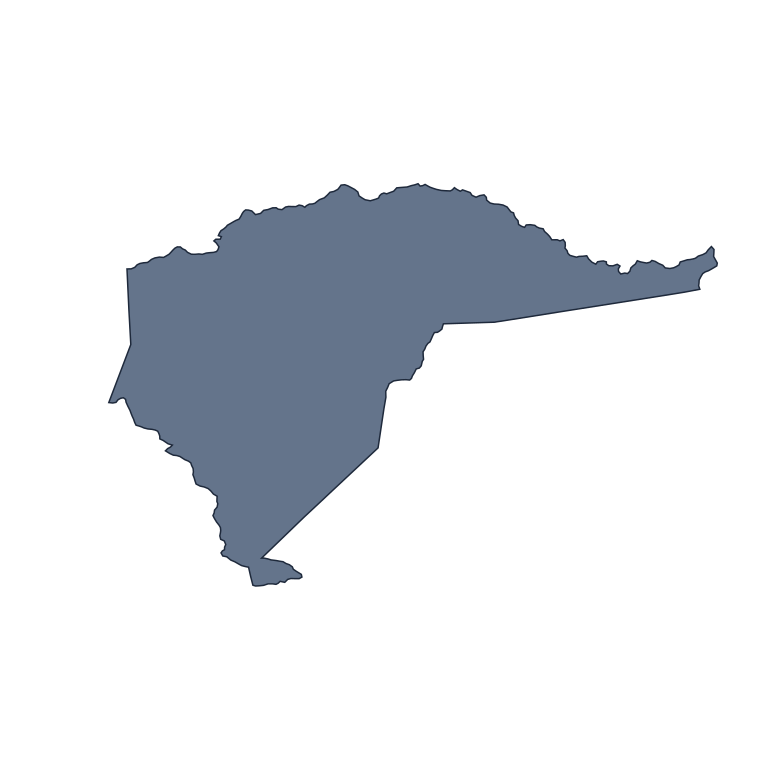 the district of Iramaia, Bahia, Brazil, rotated 288°
{"feature_id": "56859067B23035835922844", "entity_name": "Iramaia", "entity_type": "district", "adm_level": 2, "iso_a3": "BRA", "parent_name": "Brazil", "parent_adm1": "Bahia", "projection": "natural_earth1", "projection_center": [-40.889, -13.541], "detail": "fine", "context": "isolated", "style": "filled", "palette": "slate", "viewbox_px": 768, "rotation_deg": 288, "n_neighbors": 0, "source": "geoboundaries", "source_scale": "gbopen_adm2", "svg_char_len": 4815}
<svg xmlns="http://www.w3.org/2000/svg" viewBox="0 0 768 768"><g transform="rotate(288 384 384)"><path d="M571.7,655.1L574.6,652.9L577.3,652.4L580.3,651.6L584.0,652.2L587.5,653.0L589.9,654.9L592.0,657.6L594.6,660.0L597.3,662.4L599.2,664.0L602.0,663.6L604.6,660.8L607.1,658.1L610.3,657.3L613.9,656.3L615.9,652.9L611.8,650.9L608.3,649.8L605.6,647.2L602.8,643.4L599.8,641.3L598.4,639.2L596.9,636.5L595.9,634.1L594.1,631.6L591.6,628.0L588.4,627.8L585.9,625.6L584.0,623.5L582.2,620.2L581.3,615.6L583.1,612.4L583.5,608.1L584.4,604.0L584.3,600.6L582.0,599.3L580.2,596.4L579.7,592.7L579.4,590.1L579.5,586.8L575.7,586.0L573.3,584.3L570.7,582.9L567.2,583.0L564.3,581.5L563.9,578.7L561.8,575.2L563.5,572.3L565.9,571.3L569.1,572.0L569.9,568.8L567.1,565.2L566.0,561.3L566.8,558.5L568.9,557.7L568.8,554.6L567.8,552.3L566.3,549.4L563.4,548.4L564.1,544.1L566.2,539.9L568.6,537.2L566.9,533.5L565.6,530.0L564.1,527.9L563.9,524.3L563.8,521.0L565.1,518.5L567.3,517.0L569.2,514.1L571.6,513.7L574.7,512.5L576.7,509.8L574.5,507.1L574.7,504.2L573.0,499.0L575.4,496.1L577.0,493.3L578.7,489.5L580.8,487.4L580.3,483.6L580.6,480.8L581.5,478.4L580.7,473.8L579.2,470.1L576.4,469.3L576.5,466.1L577.3,462.7L580.7,461.0L582.5,457.9L584.4,455.9L586.8,454.3L586.9,451.6L588.3,449.4L590.4,446.4L591.0,441.9L590.4,437.5L589.2,433.1L588.9,429.1L590.6,424.8L593.2,423.6L594.8,420.7L592.8,416.9L590.1,413.8L590.6,409.4L592.7,406.8L592.8,402.7L592.9,398.7L590.9,397.0L591.6,393.0L592.5,390.3L589.8,389.0L588.1,387.4L586.8,382.7L585.8,378.7L585.3,373.7L585.3,370.1L585.4,366.9L585.9,364.2L586.5,361.4L584.6,359.5L583.4,357.2L585.0,354.5L582.9,351.7L581.1,348.7L578.5,345.1L577.3,342.2L576.2,339.5L574.5,335.5L570.3,333.6L567.9,330.5L565.7,327.8L565.6,324.9L563.9,322.8L561.6,321.6L559.2,321.4L557.5,319.4L555.9,317.1L554.0,314.3L553.7,311.6L553.4,309.1L554.1,305.9L555.2,302.1L558.5,299.8L560.0,295.9L560.8,291.3L561.3,288.4L561.4,285.1L559.9,281.7L557.1,280.8L554.8,279.9L551.7,276.9L549.7,273.4L546.3,271.8L542.6,269.7L539.4,265.7L536.8,263.9L534.5,262.4L533.1,260.3L532.0,257.4L529.6,255.1L527.6,254.1L528.3,251.0L527.9,247.9L525.5,245.4L524.3,241.6L523.4,238.4L521.9,235.7L518.3,233.1L517.6,229.4L518.3,227.0L517.1,223.6L514.1,219.8L512.0,215.9L508.1,213.9L505.4,209.4L507.7,204.8L507.5,201.2L506.8,198.6L504.7,197.2L502.4,196.5L499.1,196.0L496.0,195.2L493.8,192.6L491.8,190.7L489.2,188.4L486.6,186.0L484.5,185.2L481.9,183.6L479.5,181.6L476.9,180.9L473.9,180.6L473.9,183.8L471.1,183.5L469.7,179.3L467.5,178.0L466.3,180.9L463.5,184.6L460.5,184.6L458.2,183.8L456.5,181.2L455.1,177.8L453.6,174.5L451.2,171.2L450.5,167.8L449.0,164.3L447.9,160.7L448.5,156.4L450.0,153.6L450.3,150.6L451.4,148.0L450.5,145.0L448.5,143.1L445.8,141.7L443.5,140.7L441.0,139.5L438.6,137.4L436.3,135.3L435.3,131.2L433.1,127.1L430.6,124.3L428.5,123.0L426.5,121.5L425.0,117.9L423.2,114.6L421.1,112.4L417.9,110.9L415.4,108.0L414.0,104.0L375.6,118.5L343.3,131.0L281.3,128.0L282.1,131.9L283.7,134.8L286.8,135.9L289.0,137.9L290.4,140.4L289.5,143.0L287.0,144.3L283.8,147.2L280.4,150.6L277.7,152.7L275.2,154.8L273.3,156.6L270.5,158.7L268.2,160.9L268.3,163.7L268.3,166.4L268.0,169.4L268.3,173.4L269.2,177.4L269.5,180.6L269.2,183.4L267.1,185.4L265.2,186.8L262.5,187.8L262.1,191.3L261.4,193.7L260.4,197.1L260.5,201.6L258.0,200.4L255.7,198.2L252.9,196.8L251.7,201.7L251.2,205.6L251.9,208.9L252.0,212.3L250.5,217.9L250.2,221.9L249.3,224.6L247.1,226.2L244.6,228.6L241.5,229.9L238.7,230.3L236.0,232.5L233.2,234.4L230.8,236.2L230.1,240.6L230.5,244.8L230.2,249.1L228.8,252.3L226.6,255.8L225.7,260.0L223.3,260.6L220.6,261.4L218.8,262.9L215.3,263.3L211.7,261.8L208.8,262.3L206.0,262.0L203.6,264.4L201.0,267.4L198.8,270.7L196.9,272.8L194.2,274.0L192.0,274.4L188.8,274.8L185.8,276.7L185.4,280.6L182.4,283.1L179.6,282.8L177.1,283.5L175.4,281.9L173.0,281.2L170.6,283.8L171.1,287.8L169.2,292.7L168.8,297.1L167.9,301.4L167.3,304.7L167.5,308.2L167.9,311.8L159.5,316.8L152.1,321.5L152.2,324.3L153.6,327.9L155.3,331.7L158.1,335.5L159.5,339.8L160.1,343.2L161.8,344.9L164.2,346.2L164.7,350.9L168.4,352.8L170.2,355.5L171.5,359.9L172.7,363.5L175.0,365.6L177.4,364.2L178.8,358.3L179.8,355.0L181.8,353.3L182.9,349.8L183.0,346.2L183.8,342.9L183.3,339.9L182.8,336.1L181.8,330.9L181.8,327.9L181.4,324.1L180.6,321.4L233.2,349.4L256.3,362.2L258.9,363.6L321.4,398.1L360.2,391.6L368.5,390.4L372.0,389.9L374.8,388.9L377.7,387.9L381.7,388.5L385.9,388.8L389.9,392.2L391.7,395.7L393.4,399.4L394.9,403.6L395.7,407.2L397.8,408.4L400.5,408.5L404.2,409.4L408.3,410.0L410.1,412.7L412.8,413.8L417.4,413.4L419.7,414.0L422.9,412.6L426.7,411.2L429.8,412.0L433.1,412.2L436.2,413.2L438.2,414.7L441.6,415.1L445.1,415.4L448.5,416.0L449.7,418.9L451.6,420.5L454.1,422.1L456.7,421.9L459.6,421.9L477.0,470.2L478.2,472.4L479.9,475.9L507.7,530.4L558.9,631.1L564.2,641.4L571.7,655.1Z" fill="#64748b" stroke="#1e293b" stroke-width="1.5"/></g></svg>